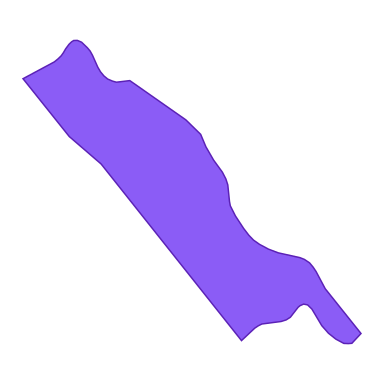 map outline of Suhaj (orthographic projection)
{"feature_id": "EGY-1552", "entity_name": "Suhaj", "entity_type": "Governorate", "adm_level": 1, "iso_a3": "EGY", "parent_name": "Egypt", "parent_adm1": "", "projection": "orthographic", "projection_center": [31.858, 26.536], "detail": "fine", "context": "isolated", "style": "filled", "palette": "violet", "viewbox_px": 384, "rotation_deg": 0, "n_neighbors": 0, "source": "natural_earth", "source_scale": "10m", "svg_char_len": 875}
<svg xmlns="http://www.w3.org/2000/svg" viewBox="0 0 384 384"><path d="M348.4,343.6L343.8,343.4L335.8,339.1L328.5,333.3L321.8,325.7L311.9,309.1L307.6,304.9L303.6,304.1L300.0,305.7L298.1,307.3L290.4,317.2L286.2,319.9L281.1,321.5L261.9,324.0L258.3,325.8L254.7,328.2L241.5,340.6L101.1,164.0L69.3,136.6L23.0,78.7L54.3,61.9L58.0,58.9L61.2,55.8L63.4,52.7L65.6,48.9L69.0,44.3L71.6,41.8L73.7,40.5L77.4,40.4L81.6,42.2L87.4,47.8L90.1,51.0L92.5,55.3L97.8,67.2L100.5,71.8L103.8,75.8L107.6,79.0L112.5,81.1L116.4,82.2L129.8,80.6L185.9,119.9L200.7,134.4L205.9,146.8L213.6,160.1L222.4,172.2L225.9,179.0L227.8,184.9L229.5,201.5L230.3,205.8L235.4,215.9L243.6,228.4L248.8,235.2L253.5,240.1L259.6,244.4L268.4,249.1L278.1,252.8L300.1,257.7L304.4,259.4L309.6,262.9L313.1,267.1L316.1,271.6L325.2,288.7L361.0,333.5L351.9,343.3L348.4,343.6Z" fill="#8b5cf6" stroke="#5b21b6" stroke-width="1.5"/></svg>